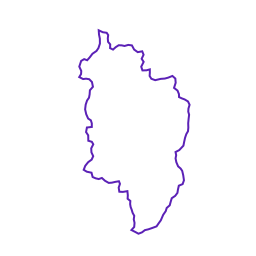 Piraúba, Minas Gerais, Brazil (Natural Earth projection), rotated 226°
{"feature_id": "56859067B46314639324095", "entity_name": "Piraúba", "entity_type": "district", "adm_level": 2, "iso_a3": "BRA", "parent_name": "Brazil", "parent_adm1": "Minas Gerais", "projection": "natural_earth1", "projection_center": [-43.025, -21.261], "detail": "fine", "context": "isolated", "style": "outline", "palette": "violet", "viewbox_px": 256, "rotation_deg": 226, "n_neighbors": 0, "source": "geoboundaries", "source_scale": "gbopen_adm2", "svg_char_len": 1926}
<svg xmlns="http://www.w3.org/2000/svg" viewBox="0 0 256 256"><g transform="rotate(226 128 128)"><path d="M194.4,129.7L192.6,132.1L190.0,134.0L186.1,134.0L182.0,131.4L181.6,126.8L178.8,123.7L176.9,121.0L176.2,117.6L174.2,113.8L171.2,110.1L166.9,107.5L162.5,105.9L159.3,106.6L156.5,105.2L153.9,102.7L156.9,98.8L154.2,95.0L150.4,94.3L146.4,90.6L143.2,92.4L140.4,91.7L138.9,87.4L135.9,84.8L131.9,83.4L130.5,79.9L131.1,75.6L130.5,71.0L128.7,67.1L125.2,68.0L121.2,70.7L117.3,68.5L114.2,69.8L111.6,71.5L110.2,74.5L106.0,74.8L101.9,76.0L99.9,78.4L98.1,81.4L96.0,84.5L93.4,83.4L91.6,79.9L88.2,77.5L85.6,79.9L83.0,83.7L79.7,81.1L77.4,78.6L73.9,79.0L71.8,76.7L69.3,75.0L66.7,73.9L63.8,72.4L60.5,71.5L58.3,68.7L55.2,66.8L52.5,63.7L52.2,59.6L48.2,61.0L44.7,62.1L43.2,65.6L42.8,69.2L41.0,72.2L39.1,76.3L37.4,80.2L38.2,84.1L38.8,87.5L41.1,93.0L42.0,97.4L43.6,100.3L43.4,104.3L45.2,107.3L47.1,110.7L46.4,114.8L47.0,118.5L48.9,121.0L51.2,124.5L49.7,128.3L51.5,131.9L55.5,134.8L59.5,137.2L62.3,137.7L65.6,137.4L69.8,139.0L73.1,141.1L75.0,143.8L77.7,145.5L76.5,149.5L76.8,155.6L78.9,158.6L81.3,162.2L83.1,165.7L84.0,168.9L86.3,171.6L89.6,174.6L92.6,178.1L95.1,181.2L97.9,182.7L100.0,185.0L101.9,188.4L105.4,189.6L109.2,188.6L111.9,187.3L114.8,186.2L117.0,188.2L120.5,189.6L124.9,189.0L127.4,193.7L130.7,196.4L134.6,196.1L136.3,191.9L138.0,188.8L140.6,185.7L143.5,180.8L147.2,179.0L150.4,179.7L152.5,182.0L155.0,184.4L156.7,181.3L159.4,178.4L162.9,180.1L164.7,185.2L168.3,185.9L169.9,190.1L173.3,191.5L175.8,187.7L180.2,186.9L184.7,188.2L187.6,185.9L189.4,182.5L191.8,180.9L194.0,178.8L194.7,175.2L194.8,171.7L197.9,170.6L200.5,173.3L203.8,173.5L206.5,175.7L208.6,178.3L211.3,178.8L214.4,176.4L218.6,174.8L215.4,172.1L211.8,169.8L208.2,166.4L206.0,162.2L205.3,158.8L206.1,154.0L205.4,149.6L205.1,145.7L208.0,144.3L208.8,140.9L206.0,135.6L201.5,134.0L199.4,131.7L198.5,128.3L194.4,129.7Z" fill="none" stroke="#5b21b6" stroke-width="2"/></g></svg>